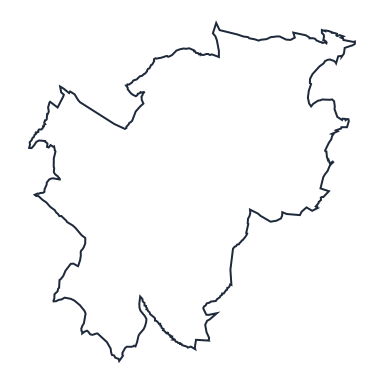 outline of Cañada Morelos, Puebla, Mexico
{"feature_id": "50627088B53283993912996", "entity_name": "Cañada Morelos", "entity_type": "district", "adm_level": 2, "iso_a3": "MEX", "parent_name": "Mexico", "parent_adm1": "Puebla", "projection": "albers", "projection_center": [-97.429, 18.725], "detail": "fine", "context": "isolated", "style": "outline", "palette": "slate", "viewbox_px": 384, "rotation_deg": 0, "n_neighbors": 0, "source": "geoboundaries", "source_scale": "gbopen_adm2", "svg_char_len": 5830}
<svg xmlns="http://www.w3.org/2000/svg" viewBox="0 0 384 384"><path d="M317.5,208.1L316.4,207.8L317.1,206.6L315.9,206.3L318.6,203.0L318.7,202.0L321.0,200.0L320.8,197.6L322.1,196.9L323.3,197.1L328.9,191.2L320.5,188.4L323.3,177.1L325.1,174.1L327.6,171.0L329.5,166.3L330.9,164.3L333.2,162.2L332.7,161.6L329.9,163.6L328.5,159.7L328.0,160.2L326.9,156.8L326.4,151.5L325.6,151.4L325.1,150.7L325.4,149.9L328.8,142.9L331.2,139.4L332.2,135.9L333.3,134.3L331.8,133.9L337.7,131.3L336.0,130.3L341.1,128.5L341.4,127.2L347.0,127.2L348.8,121.1L348.4,119.2L347.1,119.0L345.6,120.2L345.2,118.9L342.6,118.7L342.1,120.0L337.3,116.9L334.5,109.0L334.8,106.6L334.1,101.3L332.1,99.4L329.9,99.8L322.1,99.5L320.4,100.3L318.0,100.7L313.1,103.9L311.1,106.4L309.1,103.5L307.9,97.7L308.8,90.8L311.1,84.0L309.9,83.1L310.0,79.0L312.5,74.1L319.5,66.4L323.6,63.4L325.0,61.1L327.8,59.8L330.0,59.5L333.9,60.9L335.6,62.3L336.1,63.3L338.2,56.3L341.8,55.9L341.7,56.7L343.6,54.1L344.0,53.1L344.7,47.9L353.0,45.1L354.9,43.8L354.9,41.5L353.3,41.9L343.4,40.0L343.1,38.5L341.0,37.6L343.4,36.4L339.7,35.1L337.3,36.1L336.4,35.4L337.0,33.8L334.0,32.9L332.0,32.8L332.1,32.3L328.6,31.0L325.3,30.5L325.3,31.2L321.9,30.0L321.9,32.9L323.8,34.9L324.0,36.8L323.3,40.1L324.3,40.3L326.1,41.6L326.6,42.4L326.4,43.3L325.0,42.3L322.4,43.0L322.1,42.4L320.1,42.0L316.4,40.4L315.2,38.8L312.7,38.2L309.7,38.3L309.8,37.8L305.9,35.3L293.3,32.6L294.8,37.6L290.6,39.9L286.2,39.6L279.7,36.5L277.2,36.4L270.6,37.2L266.7,39.1L260.7,39.8L258.7,40.6L254.7,39.3L249.3,38.3L248.0,37.1L243.3,36.5L237.5,34.5L219.6,30.1L216.2,23.0L212.9,33.3L215.4,36.3L216.9,40.4L218.9,51.0L218.9,57.0L212.0,54.4L209.8,55.0L208.3,54.0L206.3,54.0L204.3,54.8L202.1,55.0L200.9,54.1L200.4,54.7L200.1,53.7L198.8,54.2L198.2,53.2L196.0,52.9L195.1,51.3L194.1,51.3L194.1,50.4L189.3,48.3L186.1,48.8L183.6,48.5L179.9,49.3L176.4,50.6L172.1,55.0L169.9,56.2L168.1,56.8L167.1,56.0L166.1,56.1L161.3,57.7L156.5,58.6L155.6,58.3L154.2,58.9L153.9,60.3L154.2,61.0L152.6,63.9L151.7,64.9L151.0,65.1L149.5,68.3L148.0,68.9L147.2,70.2L147.0,71.4L144.7,73.9L144.0,74.0L142.1,75.8L139.9,76.3L136.7,79.4L133.3,80.5L132.0,82.5L128.9,84.6L127.5,84.4L127.1,85.5L126.1,85.6L127.7,87.7L127.7,89.2L130.7,93.1L132.9,94.8L135.8,96.2L137.3,95.2L137.8,93.8L139.8,93.2L140.5,92.1L142.0,92.6L143.8,92.0L144.1,92.3L142.7,94.1L142.4,95.3L141.5,96.6L141.8,100.0L143.4,103.6L140.1,106.5L135.7,111.5L132.2,120.7L130.8,122.1L129.4,122.8L128.7,124.3L126.4,126.8L126.4,128.0L124.9,128.9L114.3,124.0L80.0,102.2L78.0,99.9L74.7,94.4L70.1,91.5L69.1,93.1L63.6,88.6L60.1,86.5L61.2,92.4L63.8,94.6L63.3,96.4L57.6,107.5L50.1,101.8L49.5,102.5L48.1,107.4L48.8,111.7L47.5,114.5L47.1,114.3L46.7,119.4L45.4,120.6L44.9,120.5L44.2,122.8L45.2,124.1L44.3,124.4L43.9,126.4L43.3,127.0L43.0,126.7L42.7,128.1L41.6,129.4L39.0,129.5L38.4,130.3L38.3,131.8L37.7,131.6L36.6,132.7L35.8,132.5L35.7,132.8L36.4,133.2L36.0,133.9L34.4,135.1L33.8,137.1L32.7,137.7L31.5,140.3L29.7,142.3L30.0,144.8L29.1,147.9L31.6,148.1L34.2,145.2L36.3,141.9L39.1,140.5L45.2,141.0L45.3,141.9L46.6,142.6L47.5,143.8L47.0,146.9L48.7,147.5L50.6,145.1L53.2,146.8L54.1,146.4L54.8,150.1L55.5,151.5L53.8,158.4L53.7,166.8L54.2,168.1L53.8,172.1L55.0,174.2L57.5,176.1L59.9,179.0L59.8,179.5L53.1,178.3L51.1,178.6L49.2,179.5L46.8,182.5L46.6,184.7L44.6,189.2L44.4,191.9L43.0,192.8L40.3,193.0L38.6,193.8L37.7,193.5L34.7,194.8L36.2,196.0L37.8,195.9L38.8,196.4L42.7,200.0L46.1,202.2L50.2,206.8L54.9,210.3L56.0,212.3L58.0,214.0L59.4,216.1L61.3,216.0L66.4,220.8L66.9,221.9L72.9,225.6L75.5,228.0L81.6,235.2L85.3,238.0L85.2,243.6L83.8,247.2L82.2,249.7L81.3,250.4L80.7,252.0L80.8,255.8L80.1,260.1L78.4,265.4L78.0,266.2L73.3,263.6L70.7,263.9L65.5,270.7L63.3,275.9L60.5,279.4L59.5,280.0L59.1,287.7L58.1,288.9L57.5,291.4L54.5,294.2L54.3,298.6L53.5,300.5L53.6,301.4L56.1,301.2L58.7,299.9L61.7,299.4L64.5,297.7L65.4,297.8L70.7,298.8L74.3,300.5L79.9,305.2L84.5,310.9L85.6,313.5L83.9,323.3L82.3,325.9L81.3,328.7L81.5,330.9L82.2,331.6L82.2,333.5L84.7,331.6L87.0,330.7L88.6,332.1L90.0,334.1L91.0,334.6L92.7,334.8L96.4,333.5L97.7,333.6L106.9,342.1L110.7,348.7L111.0,351.9L111.9,354.9L114.1,355.5L115.3,357.7L118.6,358.9L119.2,361.0L123.0,355.7L122.3,354.6L122.6,353.4L122.4,352.9L125.2,347.9L126.9,346.7L131.3,346.8L133.6,346.2L134.0,345.7L135.5,346.4L137.0,342.4L138.5,335.8L139.5,334.0L143.7,329.1L145.1,326.0L146.2,322.0L146.4,319.0L145.0,316.3L140.5,310.7L139.5,307.7L139.3,303.7L140.2,296.5L142.5,299.1L142.5,300.6L143.1,301.8L144.5,303.0L144.5,305.4L146.0,305.9L145.8,306.6L146.8,308.0L146.5,309.3L147.4,309.4L148.0,310.9L149.5,312.3L150.2,314.2L154.5,317.7L155.0,318.4L155.0,320.6L156.3,320.8L158.2,322.6L158.9,323.9L160.2,323.8L160.3,325.6L161.1,325.8L161.7,327.9L163.6,329.1L163.0,330.2L164.0,330.6L166.5,333.3L167.5,332.6L168.0,332.8L168.4,334.3L170.9,335.8L170.7,336.2L170.2,336.2L170.3,336.7L172.0,336.7L171.6,337.6L174.0,339.1L173.0,339.7L174.9,340.0L175.7,341.6L177.2,341.9L178.1,342.9L180.2,343.2L180.1,344.0L181.6,344.1L182.0,345.1L186.8,346.6L187.9,347.6L190.8,346.6L195.2,349.2L194.8,347.7L196.0,339.8L208.8,340.6L208.4,339.9L209.0,339.3L209.1,337.9L206.5,332.1L205.2,324.8L207.1,320.8L209.7,319.4L216.9,313.2L208.5,314.9L206.3,314.7L203.4,308.8L203.4,307.7L204.1,306.4L205.6,305.5L206.7,303.4L209.6,302.6L210.8,301.6L215.8,301.0L217.2,299.0L219.7,297.4L220.5,295.8L221.9,295.0L222.1,293.5L223.7,293.5L226.2,290.0L227.1,289.7L227.3,287.9L228.0,287.9L229.2,286.9L230.2,284.4L231.4,284.9L230.4,269.7L233.0,248.7L234.6,246.7L235.9,246.3L237.3,244.5L239.0,244.2L239.5,243.2L241.3,241.5L241.7,240.6L242.7,240.1L245.4,236.8L246.7,234.7L247.2,233.5L246.2,233.0L248.3,224.0L247.7,223.5L248.0,218.8L249.5,216.0L250.3,212.9L250.0,209.6L258.0,213.6L260.6,215.9L270.6,221.7L276.5,220.7L281.0,218.4L282.2,215.4L282.3,212.2L286.7,214.0L299.9,215.1L301.6,211.7L306.5,207.4L312.2,210.8L317.5,208.1Z" fill="none" stroke="#1e293b" stroke-width="2"/></svg>